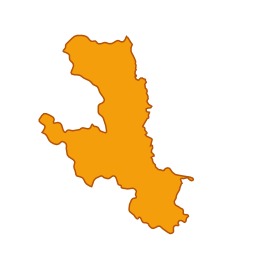 map outline of Hamgyŏng-namdo (orthographic projection), rotated 291°
{"feature_id": "PRK-3311", "entity_name": "Hamgyŏng-namdo", "entity_type": "Province", "adm_level": 1, "iso_a3": "PRK", "parent_name": "North Korea", "parent_adm1": "", "projection": "orthographic", "projection_center": [127.614, 40.189], "detail": "fine", "context": "isolated", "style": "filled", "palette": "amber", "viewbox_px": 256, "rotation_deg": 291, "n_neighbors": 0, "source": "natural_earth", "source_scale": "10m", "svg_char_len": 5755}
<svg xmlns="http://www.w3.org/2000/svg" viewBox="0 0 256 256"><g transform="rotate(291 128 128)"><path d="M212.9,93.8L212.5,94.5L212.3,95.5L209.9,98.6L207.4,102.1L204.2,102.0L200.5,103.4L195.4,109.0L192.8,111.3L190.7,111.8L189.6,112.9L187.4,113.6L186.2,113.7L185.4,114.7L183.4,114.4L181.1,115.1L179.9,117.0L179.0,117.0L178.9,116.1L177.6,116.8L176.4,118.2L176.3,120.5L177.1,121.0L179.0,121.8L179.3,122.6L179.8,123.3L179.5,124.6L179.6,126.8L178.7,127.1L177.2,128.7L176.7,128.6L175.8,128.2L174.5,128.1L173.7,128.7L171.4,129.9L170.9,131.3L170.3,132.0L169.2,132.7L167.1,132.8L165.0,135.1L164.0,135.6L162.4,136.3L161.1,136.0L159.3,136.3L157.4,139.0L156.8,142.4L155.0,142.0L153.5,139.1L152.3,138.1L150.5,138.9L149.9,140.0L150.4,142.4L149.8,142.5L148.3,142.4L147.6,142.4L146.8,142.7L145.6,143.4L145.0,143.6L144.4,143.4L143.9,142.6L134.8,141.1L134.5,141.5L134.4,142.8L134.2,143.3L133.7,143.8L133.0,144.2L132.3,144.3L131.9,144.7L130.8,146.7L130.3,147.4L129.6,147.6L128.0,146.5L126.9,148.6L126.9,150.1L126.5,153.9L125.8,154.7L119.5,155.4L120.5,156.2L120.3,157.1L118.1,158.2L115.7,157.9L113.6,158.7L112.5,161.5L111.3,162.4L110.3,161.1L108.6,160.2L107.5,162.1L106.5,162.5L105.4,163.3L104.4,164.4L103.5,166.5L101.6,167.7L101.1,168.5L101.0,169.2L100.4,170.6L100.2,171.3L100.2,172.1L100.6,173.4L100.7,175.5L101.0,176.5L101.4,176.9L102.0,176.8L103.7,177.6L105.0,179.3L105.2,181.3L102.6,185.2L101.5,188.9L102.5,194.8L104.4,203.8L104.4,206.2L103.8,207.1L103.1,207.5L102.3,207.2L101.6,206.2L101.5,205.0L101.9,203.7L103.0,201.3L100.6,197.9L100.4,196.7L99.8,195.7L98.9,195.4L98.0,196.1L96.0,198.0L95.8,198.3L94.9,197.8L94.4,197.8L93.9,197.8L93.4,197.9L91.7,197.8L88.4,198.2L84.9,197.6L82.7,197.4L79.2,198.0L76.7,197.5L76.1,197.6L75.7,197.7L75.2,197.9L74.6,198.3L73.9,198.9L73.5,199.4L73.1,200.1L72.9,200.9L72.5,203.7L72.0,205.6L71.9,207.4L71.8,208.0L71.4,208.6L70.7,209.2L70.1,209.5L68.1,210.1L67.7,210.5L67.5,211.3L67.7,212.7L68.2,214.2L68.2,214.8L68.1,215.4L67.2,216.1L65.7,215.3L65.0,215.1L64.0,215.0L62.1,215.4L61.6,215.4L61.1,215.3L60.6,215.0L60.2,214.6L60.2,214.1L60.6,212.4L60.7,211.8L60.7,211.1L60.4,210.1L60.1,209.5L59.6,209.1L59.2,208.8L58.7,208.7L58.2,208.6L57.7,208.7L57.2,208.8L56.7,209.1L56.0,209.9L55.6,210.1L55.2,210.1L54.9,209.8L54.7,209.3L54.5,208.3L54.1,207.4L53.8,207.0L53.5,206.7L53.0,206.3L52.4,206.2L51.5,206.1L50.9,206.2L50.5,206.4L48.2,207.4L47.4,207.6L46.8,207.5L46.4,207.3L45.9,207.0L45.4,206.5L44.8,205.6L44.6,205.1L44.7,204.0L44.9,202.5L46.4,196.6L47.5,193.9L47.6,193.3L47.6,192.7L47.3,191.7L46.9,191.1L44.3,188.7L43.6,187.8L43.3,187.3L43.1,186.8L43.1,186.1L43.3,185.2L43.9,183.6L44.4,182.8L44.9,182.1L45.4,181.8L45.7,181.3L46.0,180.6L46.0,179.6L46.0,178.9L45.8,178.3L45.3,176.9L45.3,176.3L45.4,175.7L45.9,174.7L48.6,171.9L48.8,171.5L48.8,171.0L48.7,170.4L48.5,170.2L47.1,169.9L46.7,169.6L46.5,169.1L46.6,168.3L47.6,166.5L48.8,164.8L49.0,164.3L49.2,163.8L50.2,160.6L50.5,159.8L50.9,159.2L51.3,158.8L52.3,158.2L53.2,157.9L57.0,156.9L61.4,157.0L62.5,157.2L63.4,157.5L63.8,157.8L64.2,158.2L65.4,160.1L65.7,160.4L66.0,160.5L66.4,160.5L66.9,160.3L67.3,160.0L67.9,159.3L68.3,159.0L68.8,158.8L71.5,158.6L72.0,158.4L72.4,158.1L72.9,157.2L73.3,156.4L73.5,155.8L73.6,155.2L73.5,154.3L73.2,153.5L71.2,149.8L70.9,149.0L70.1,145.4L69.9,144.3L69.9,143.8L70.0,143.3L70.3,142.9L71.2,142.6L71.6,142.4L71.8,141.9L71.8,141.3L71.7,140.4L71.7,139.7L71.8,139.2L72.1,138.8L77.1,134.8L77.8,133.9L78.0,133.4L78.2,132.9L78.2,131.9L77.8,131.2L77.2,130.5L74.7,128.9L74.0,128.3L73.6,127.5L73.3,126.2L73.1,123.6L73.2,123.0L73.6,122.0L73.8,121.5L73.8,121.1L73.7,120.6L73.6,120.2L73.3,119.6L70.0,116.4L69.4,115.9L68.5,115.5L67.3,115.1L66.4,114.9L60.2,115.1L60.1,113.8L60.3,112.2L60.6,110.6L61.0,109.1L62.3,107.0L64.0,105.3L65.2,103.4L65.3,100.9L64.9,97.6L65.8,96.1L67.4,95.2L69.5,93.7L70.5,92.7L71.5,92.0L72.5,91.4L73.7,91.1L76.7,90.7L77.6,90.3L78.8,88.2L79.9,83.0L81.3,80.9L86.6,77.8L89.5,76.9L90.4,76.4L91.1,75.6L91.6,74.6L91.9,73.5L91.9,71.6L91.1,70.6L88.5,69.3L87.0,67.3L86.7,64.2L87.2,61.0L88.3,58.7L91.7,54.9L92.7,52.8L93.0,49.4L95.8,50.1L98.6,50.3L99.9,49.8L100.6,48.8L101.0,47.2L101.3,45.5L102.4,42.8L104.2,42.1L108.7,43.1L111.2,44.3L112.0,46.5L112.0,49.4L111.5,52.8L111.2,54.0L110.7,55.0L109.9,55.7L109.0,56.1L106.9,56.2L106.0,56.7L106.3,57.8L108.0,60.5L108.2,62.8L107.1,64.8L102.9,68.1L102.0,69.1L101.4,70.1L101.6,71.2L102.5,71.6L103.7,72.0L104.6,72.8L105.0,74.0L105.4,76.4L105.7,77.5L108.5,82.3L109.2,83.4L109.9,83.9L110.7,84.3L111.5,85.0L112.1,86.3L112.6,89.6L113.0,91.0L113.5,91.9L114.1,92.4L114.8,92.7L115.6,92.9L117.8,93.0L118.6,93.3L118.2,94.3L117.5,95.3L117.5,96.2L117.8,97.2L117.9,98.5L117.8,99.7L117.4,100.4L116.1,101.9L115.5,102.9L115.3,104.0L115.3,106.5L115.4,108.2L115.8,109.1L116.6,109.3L117.8,108.9L122.2,106.4L128.4,101.4L129.2,100.2L129.8,98.9L130.2,97.5L130.7,96.2L131.3,95.2L132.3,94.5L137.6,92.5L138.6,92.5L139.6,92.7L140.4,93.3L142.2,95.1L144.1,96.0L146.1,95.7L147.8,93.9L150.5,89.8L151.5,88.6L154.7,85.8L155.5,84.6L155.8,83.6L156.1,80.2L156.5,79.1L157.5,77.3L158.0,76.2L158.4,74.7L158.5,73.1L158.7,69.9L158.9,68.4L159.8,65.3L159.9,63.9L159.4,61.5L158.5,58.7L158.2,56.3L159.3,55.0L161.4,54.9L163.9,55.0L166.3,54.9L168.2,53.9L169.0,52.8L170.2,50.2L170.9,49.1L172.1,48.4L174.8,47.3L175.6,46.4L175.9,45.3L176.1,43.8L176.2,42.3L176.1,41.2L176.3,40.1L177.3,39.9L180.1,40.8L180.9,40.8L182.5,40.3L183.6,40.1L184.6,40.4L191.6,43.6L194.2,45.1L196.1,47.3L197.8,51.5L198.3,53.8L198.4,56.2L198.0,57.9L196.5,60.5L195.9,62.0L196.0,63.4L196.8,64.9L197.5,66.3L197.1,67.6L196.2,68.9L196.1,70.3L196.5,71.7L197.4,73.0L198.7,74.6L199.3,75.4L199.7,76.4L199.8,77.5L199.9,79.8L200.2,80.9L201.0,82.5L202.3,83.8L205.1,86.0L206.1,87.4L206.2,88.6L206.0,89.9L206.2,91.5L206.9,92.6L208.1,93.3L209.3,93.6L212.9,93.8Z" fill="#f59e0b" stroke="#b45309" stroke-width="1.5"/></g></svg>